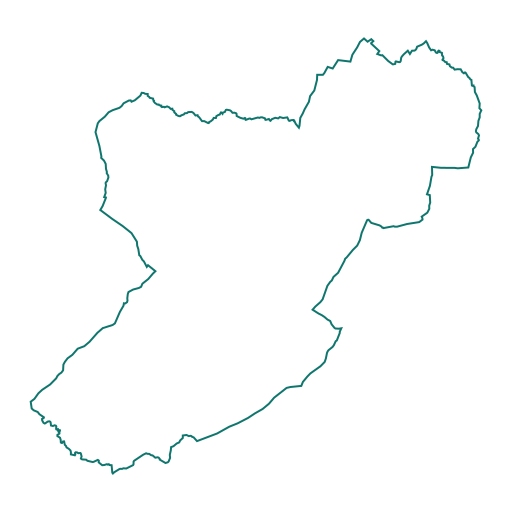 outline of Tunja, Boyacá, Colombia
{"feature_id": "7082276B30096704247804", "entity_name": "Tunja", "entity_type": "district", "adm_level": 2, "iso_a3": "COL", "parent_name": "Colombia", "parent_adm1": "Boyacá", "projection": "albers", "projection_center": [-73.373, 5.515], "detail": "fine", "context": "isolated", "style": "outline", "palette": "teal", "viewbox_px": 512, "rotation_deg": 0, "n_neighbors": 0, "source": "geoboundaries", "source_scale": "gbopen_adm2", "svg_char_len": 5939}
<svg xmlns="http://www.w3.org/2000/svg" viewBox="0 0 512 512"><path d="M471.9,85.5L471.4,79.9L470.4,79.4L469.3,77.8L468.3,77.2L465.6,72.7L465.0,72.4L463.9,73.3L462.3,72.1L460.7,69.3L457.5,69.2L454.6,69.6L453.2,67.7L451.8,67.6L449.9,66.2L449.4,64.4L447.0,63.9L446.7,62.2L445.3,62.1L443.9,60.6L442.6,60.1L442.5,59.5L443.4,58.4L443.4,57.6L443.0,56.3L442.1,55.5L441.9,52.8L439.7,52.1L439.6,51.0L438.8,50.6L438.1,51.2L437.6,52.7L437.0,53.0L435.9,52.5L434.7,50.3L432.5,49.7L431.1,50.3L429.1,47.4L427.2,43.0L426.0,41.2L423.8,43.4L421.8,44.7L417.1,46.7L416.4,48.8L415.4,50.1L414.5,50.6L412.0,50.7L409.9,54.0L407.8,50.7L403.8,54.3L401.8,56.6L401.2,57.7L400.7,61.0L400.2,61.9L399.1,62.2L395.9,61.4L395.5,61.7L395.2,63.9L393.4,64.3L392.7,64.3L388.2,61.0L382.4,55.2L381.2,55.4L377.3,54.0L379.3,51.1L371.2,43.6L371.1,43.2L373.3,41.1L371.3,39.2L367.6,41.7L364.0,38.5L360.0,41.9L357.1,47.5L352.4,54.7L350.4,61.6L338.1,60.1L332.7,68.5L327.7,66.9L324.3,73.1L322.9,74.8L317.2,74.8L317.0,79.9L314.3,90.5L310.1,96.1L308.9,101.8L304.6,109.3L302.8,113.4L300.3,117.9L299.5,125.8L298.9,127.7L295.7,123.8L294.3,120.7L293.9,121.0L293.3,120.0L291.1,120.2L289.7,120.9L288.8,120.6L287.3,117.4L283.1,118.0L279.8,117.1L278.2,118.4L275.2,117.8L271.8,119.2L270.5,120.8L269.9,120.5L268.9,119.0L265.8,119.9L265.4,119.8L264.9,118.3L262.0,117.3L260.4,117.4L259.4,117.9L257.9,117.5L251.4,119.3L250.1,118.5L249.4,118.5L245.8,119.9L245.4,119.6L245.3,118.2L244.9,118.0L243.4,118.7L240.3,117.8L236.7,116.0L236.5,113.7L236.0,113.2L234.5,112.7L232.5,112.8L230.9,110.9L229.9,110.3L226.8,109.7L225.9,109.9L224.8,112.0L222.9,112.6L222.5,113.8L221.2,112.4L220.9,112.4L219.7,114.6L218.5,114.9L216.4,116.1L215.9,118.0L213.7,117.9L212.8,119.6L210.6,121.4L209.2,122.0L208.9,122.9L208.2,123.1L204.2,121.1L202.0,121.1L199.2,117.3L198.0,116.4L197.6,115.2L195.5,115.5L193.4,112.9L191.7,111.9L188.2,112.1L187.0,113.1L184.7,113.3L183.9,114.4L181.1,115.4L180.5,116.1L179.3,116.2L178.1,115.8L176.1,114.7L176.1,113.9L174.3,112.4L174.3,111.2L172.5,109.9L172.3,108.7L170.7,108.9L169.0,107.2L167.1,106.4L164.7,107.3L164.0,106.8L161.9,107.1L161.2,106.5L161.3,105.6L159.2,105.2L158.8,104.5L157.2,104.5L154.9,102.9L153.7,101.4L154.0,100.7L153.2,99.9L153.1,98.6L149.7,97.8L149.3,97.0L147.7,95.9L147.7,94.0L145.2,93.8L143.7,93.0L141.7,92.8L140.4,95.6L134.8,100.3L131.5,101.7L130.7,100.4L128.9,100.5L123.6,103.3L121.7,106.0L119.5,107.8L112.6,110.2L108.6,112.3L104.8,116.7L99.4,121.1L97.8,123.3L95.5,132.1L99.4,146.0L101.4,156.4L101.2,157.9L104.0,160.6L105.7,163.9L106.0,168.9L106.9,172.0L106.7,173.1L108.2,175.6L108.4,177.5L107.1,181.2L105.8,182.4L105.6,183.1L106.0,185.3L105.2,189.3L105.7,192.9L104.2,197.1L105.9,197.5L105.8,198.1L102.6,206.1L100.3,210.0L112.2,218.9L122.6,226.0L131.5,233.1L136.9,241.7L137.2,245.7L138.3,249.0L139.3,255.3L140.3,256.0L142.3,259.8L143.9,261.4L146.8,266.9L148.0,265.2L155.4,271.2L152.8,273.7L148.2,279.1L142.4,283.7L141.1,286.8L138.8,288.0L133.2,289.5L128.5,292.0L127.8,294.0L127.3,298.2L127.5,300.6L127.0,302.2L125.1,303.5L123.9,303.3L123.5,305.7L119.9,311.9L114.9,323.4L112.6,325.0L102.8,328.1L97.4,332.8L89.5,341.8L84.3,346.2L77.7,348.7L72.4,354.8L67.6,358.3L64.9,361.8L63.4,364.6L63.1,370.3L61.4,372.6L59.2,374.1L57.4,376.0L56.2,378.3L50.1,384.5L42.2,389.8L38.4,393.3L34.4,398.9L30.7,401.7L31.7,408.5L33.7,410.3L37.7,412.0L39.5,414.3L43.9,417.3L43.7,418.0L42.0,419.0L42.2,420.5L43.5,422.8L44.6,423.5L45.1,423.4L47.7,421.6L49.2,421.3L50.2,421.7L50.6,422.3L51.0,425.5L52.9,426.0L54.6,425.3L55.9,425.7L56.3,426.4L56.1,429.0L56.4,429.4L57.8,429.1L57.8,430.5L58.1,430.7L59.1,430.1L59.9,430.2L60.0,430.8L58.7,432.0L59.5,432.9L59.4,433.6L57.4,434.9L57.4,436.1L60.0,437.7L60.7,439.9L60.8,442.3L61.2,442.8L62.0,443.0L63.1,441.4L64.1,441.4L64.8,444.8L66.1,446.1L66.5,447.4L68.8,448.8L70.5,450.5L70.9,452.1L70.9,454.4L74.9,455.3L75.3,454.7L75.0,453.0L75.6,452.3L77.0,452.4L78.3,453.2L80.3,453.0L80.8,453.4L81.6,456.4L80.9,458.6L82.1,459.4L86.2,459.7L87.4,460.8L92.5,462.0L93.5,461.9L97.8,459.9L98.8,460.6L98.7,462.4L102.2,465.2L104.3,465.0L106.9,464.2L107.6,464.6L108.8,464.2L109.4,465.0L111.6,465.2L112.3,472.7L112.9,473.5L114.3,472.2L119.2,469.2L120.1,468.8L122.0,468.9L123.4,468.3L126.3,468.5L133.1,465.1L133.5,464.4L133.6,461.6L134.1,460.8L143.2,454.7L146.1,453.3L147.4,453.8L149.3,453.9L151.1,455.2L152.6,455.4L155.3,457.7L157.6,457.3L158.6,457.6L159.7,458.8L159.7,459.6L165.5,463.0L167.8,462.3L168.6,461.5L170.1,457.9L169.8,454.9L170.8,450.4L171.1,447.1L173.5,446.2L176.7,443.5L179.2,442.4L180.2,440.4L182.8,438.0L182.8,435.5L186.5,435.0L188.8,436.1L190.3,435.8L191.5,436.1L191.9,436.7L193.7,437.4L197.0,441.1L217.1,433.5L229.3,426.7L237.7,423.3L248.1,417.9L254.9,413.4L262.6,409.0L269.0,403.7L274.1,397.7L286.6,387.9L290.5,387.0L301.3,385.9L302.9,381.9L307.4,376.5L310.4,373.4L320.5,366.2L324.7,361.9L325.9,358.4L327.0,352.9L327.7,351.3L328.6,350.1L332.5,347.0L333.8,345.3L335.7,341.2L336.8,340.5L339.8,332.9L339.7,331.9L341.3,328.3L338.8,328.7L335.4,328.5L334.5,327.9L331.6,324.3L330.2,321.0L327.4,319.5L324.4,316.9L321.7,315.1L318.5,313.5L312.6,309.7L315.3,306.6L320.3,302.2L322.6,299.4L327.4,285.8L330.2,281.9L331.8,280.5L333.5,276.9L338.1,272.8L344.4,260.9L345.2,258.7L346.6,257.5L352.8,250.0L357.2,245.6L359.9,240.1L361.7,232.8L367.1,220.2L368.1,219.7L368.6,219.8L371.3,222.9L379.6,225.4L381.5,226.6L382.2,227.6L383.2,227.7L383.4,228.1L393.6,226.2L394.9,226.7L397.0,226.7L407.1,224.0L419.2,222.1L422.5,219.6L422.4,218.2L421.7,216.6L427.3,212.7L429.3,208.8L429.2,205.7L430.2,202.6L429.8,195.1L427.0,194.3L429.9,185.9L431.5,176.6L432.2,175.1L432.0,166.9L440.9,167.8L454.7,167.9L457.7,168.3L468.3,167.5L470.8,157.4L473.1,152.7L473.0,149.1L475.4,146.8L477.4,141.8L478.8,140.4L478.7,139.5L478.0,138.7L479.0,135.4L478.3,134.0L476.3,132.4L475.9,131.1L476.3,129.2L478.0,126.0L478.4,120.9L479.7,117.4L479.7,113.9L481.3,110.3L479.4,108.2L479.7,103.5L476.8,95.5L474.9,92.0L474.6,87.1L473.6,86.2L473.5,85.5L472.3,85.8L471.9,85.5Z" fill="none" stroke="#0f766e" stroke-width="2"/></svg>